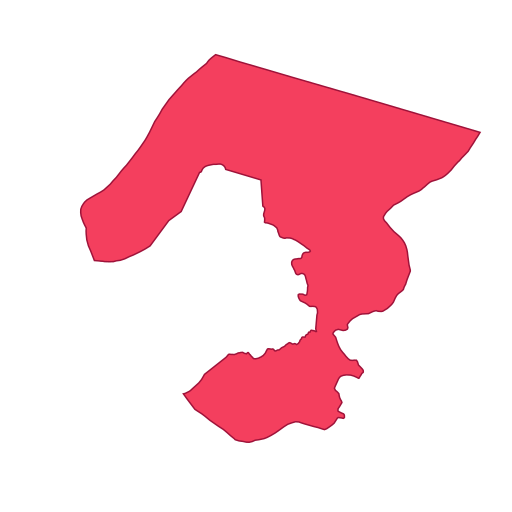 Tbaeng Mean Chey, Preah Vihéar, Cambodia, rotated 16°
{"feature_id": "14789045B76520670537336", "entity_name": "Tbaeng Mean Chey", "entity_type": "district", "adm_level": 2, "iso_a3": "KHM", "parent_name": "Cambodia", "parent_adm1": "Preah Vihéar", "projection": "albers", "projection_center": [105.049, 13.77], "detail": "fine", "context": "isolated", "style": "filled", "palette": "rose", "viewbox_px": 512, "rotation_deg": 16, "n_neighbors": 0, "source": "geoboundaries", "source_scale": "gbopen_adm2", "svg_char_len": 6128}
<svg xmlns="http://www.w3.org/2000/svg" viewBox="0 0 512 512"><g transform="rotate(16 256 256)"><path d="M393.1,274.1L396.7,270.2L399.2,266.2L400.1,264.4L400.8,262.4L401.4,258.1L402.1,255.1L403.2,252.9L404.5,251.2L405.9,249.3L406.9,247.6L406.9,245.6L407.3,243.1L407.6,242.1L407.7,237.1L408.5,228.1L408.2,227.0L405.6,222.5L401.9,214.1L400.6,210.9L399.3,208.3L397.2,205.0L395.1,202.5L392.6,200.3L390.1,198.5L387.6,197.2L381.9,194.6L377.0,191.6L372.4,188.2L370.0,186.8L368.4,185.3L368.0,184.3L367.7,183.1L368.8,179.1L369.7,177.0L372.2,173.0L374.2,169.2L378.1,165.6L380.1,163.5L385.0,157.3L387.8,154.4L390.1,152.4L394.8,148.6L396.7,146.4L397.6,144.9L399.1,142.8L400.9,139.8L402.8,137.1L404.5,135.6L408.7,132.9L413.0,129.6L414.4,128.1L415.9,126.2L417.5,123.8L419.9,119.5L421.8,114.8L424.2,110.0L425.3,108.3L426.7,105.0L428.3,102.1L431.1,96.8L432.1,93.0L433.9,87.4L435.0,83.2L436.0,80.2L437.3,75.4L308.1,74.4L239.5,74.2L214.6,74.0L187.3,73.9L172.5,73.6L161.7,73.6L160.2,75.6L158.5,78.0L156.9,80.6L156.1,82.5L155.4,84.5L152.2,89.0L150.3,91.8L148.0,95.6L146.4,97.6L142.0,103.8L140.5,106.4L139.0,109.3L137.4,112.9L135.0,117.6L129.3,129.6L125.4,140.7L124.3,145.6L123.0,150.2L121.6,154.7L119.6,166.3L118.4,171.7L117.5,175.2L115.0,182.7L113.3,187.4L111.9,190.6L110.0,195.7L106.5,204.4L104.8,207.7L103.1,211.4L100.1,218.9L97.9,223.1L96.1,227.2L91.5,234.6L88.8,237.6L86.0,240.3L78.2,248.5L76.5,251.3L75.8,253.1L74.9,256.3L74.7,259.4L75.5,262.5L76.8,265.6L78.8,268.5L80.8,271.2L82.7,273.4L85.1,275.9L85.8,278.9L86.8,281.9L88.9,287.1L92.1,292.4L95.6,296.6L101.9,304.9L106.3,304.0L108.4,303.7L110.0,303.3L112.0,303.1L116.7,301.9L120.5,300.7L123.1,299.1L126.6,297.6L130.6,294.9L134.5,291.4L137.6,289.0L143.3,283.9L147.4,279.9L151.4,275.5L162.4,246.0L171.8,233.9L178.7,191.2L179.8,190.6L180.2,189.8L180.4,188.2L180.8,186.6L181.3,185.6L182.4,184.1L183.8,182.9L185.4,181.9L187.1,181.0L189.6,179.7L192.3,178.9L194.5,178.0L196.4,177.4L198.3,177.5L200.1,178.1L201.9,179.4L203.0,181.1L239.8,181.5L248.8,206.1L249.5,206.5L250.6,206.9L251.5,208.1L251.8,209.8L251.8,213.4L252.1,214.8L252.7,215.8L253.5,216.6L253.9,217.3L254.5,219.3L254.8,221.1L255.8,221.5L257.2,221.2L258.7,221.1L263.4,221.4L265.0,221.8L268.2,223.2L269.1,224.3L269.8,225.2L270.3,226.4L271.3,227.7L272.6,229.6L273.3,230.4L274.1,230.9L277.2,231.2L278.9,231.0L280.4,230.1L283.9,229.3L286.0,229.3L288.1,229.7L289.5,229.8L292.8,230.7L296.0,231.8L299.4,232.9L302.9,234.4L305.0,235.0L306.2,235.5L306.9,236.3L306.7,236.9L306.2,237.4L305.7,237.8L304.4,238.3L302.8,238.7L301.4,239.6L300.9,240.1L300.5,240.9L300.2,242.5L300.4,244.7L300.1,245.5L299.7,246.0L298.9,246.4L298.0,246.6L297.2,246.9L296.3,247.4L294.3,248.2L293.5,248.7L292.9,249.2L292.3,250.2L292.0,251.5L292.1,252.6L292.7,254.3L293.7,255.6L295.4,257.3L296.3,258.4L297.0,259.0L298.8,261.5L299.3,262.0L300.1,262.4L301.0,262.5L301.8,262.3L302.4,261.9L303.8,260.6L304.8,260.1L306.1,260.0L307.1,260.2L308.3,260.9L309.0,261.8L310.4,264.2L311.1,265.3L312.4,267.6L313.0,268.6L313.5,269.1L314.2,270.3L314.3,272.3L314.6,273.2L315.1,275.5L315.2,276.5L315.4,278.1L315.4,279.3L314.3,280.1L313.4,280.2L312.5,279.9L311.5,279.8L309.4,280.3L308.2,280.6L307.3,281.4L307.5,282.6L307.8,283.3L308.6,284.5L310.1,286.1L311.1,286.8L316.1,287.6L318.1,288.2L321.3,289.6L322.1,289.5L324.5,288.7L327.1,288.3L327.8,288.6L328.7,289.3L329.6,290.3L330.6,293.0L330.9,294.2L330.8,294.9L330.9,296.2L333.5,309.5L334.9,311.9L334.2,312.2L333.0,311.9L332.0,311.8L331.5,312.1L330.6,312.0L329.7,312.1L329.3,312.4L329.0,313.3L329.0,314.1L328.4,314.5L327.8,314.6L327.5,315.3L327.5,316.3L327.2,317.0L326.1,317.8L325.6,318.9L325.6,320.3L324.8,320.7L323.4,320.9L322.7,321.4L322.5,321.9L322.5,323.0L322.2,323.5L321.7,324.5L321.5,325.5L321.6,326.3L321.4,326.8L321.1,327.4L320.9,328.3L319.5,329.9L318.4,329.6L317.4,329.5L315.6,330.6L314.5,330.4L313.4,330.1L312.3,330.0L311.2,330.7L310.7,331.6L309.5,332.8L308.5,334.7L307.7,335.6L306.7,336.4L305.8,337.3L304.3,339.7L303.6,340.1L302.7,340.4L301.4,341.6L300.6,342.0L299.9,341.9L298.8,341.0L297.8,340.7L296.6,341.3L294.8,341.5L293.6,341.7L292.7,342.2L292.3,343.6L291.7,346.8L291.4,347.5L290.2,350.0L289.7,350.3L289.1,351.2L288.7,351.6L287.5,352.6L286.6,353.5L284.0,354.9L282.1,355.3L281.5,355.1L280.6,354.3L279.7,354.0L278.9,353.5L277.9,352.7L277.0,352.3L276.1,351.6L275.3,351.0L274.6,351.2L273.8,352.6L273.2,352.6L272.2,352.8L271.0,352.6L269.7,352.3L268.0,352.9L266.7,353.7L265.8,354.0L265.0,354.6L264.5,355.2L262.6,356.5L262.1,356.8L260.8,357.0L259.5,357.4L257.2,357.8L256.6,358.4L255.5,360.9L255.1,361.7L239.1,384.0L238.7,385.8L237.7,389.8L236.0,393.8L231.4,401.2L230.4,402.9L229.3,404.4L225.8,407.6L224.2,408.5L229.4,412.6L239.5,420.2L242.0,421.0L247.3,422.6L250.7,423.9L253.7,425.2L256.9,426.6L266.8,430.0L272.4,431.7L276.9,433.7L281.0,435.7L285.5,437.6L286.6,438.3L290.7,438.4L294.6,437.8L298.0,437.6L300.8,436.9L303.5,435.4L306.0,433.3L309.4,431.8L314.1,429.3L316.6,427.4L319.7,424.5L323.3,420.7L326.6,416.6L329.9,412.4L332.9,409.0L336.4,406.5L339.7,404.4L343.0,403.7L345.5,403.9L348.8,404.0L358.4,404.0L363.0,403.8L367.7,404.0L369.7,404.0L371.5,402.6L373.5,400.2L375.8,397.3L377.2,395.1L378.9,389.4L379.6,388.6L382.8,388.1L384.7,388.0L385.2,387.5L385.5,386.8L385.0,385.1L384.4,384.1L383.6,383.6L381.2,383.3L378.6,382.8L377.5,382.4L377.2,381.4L377.0,380.1L377.8,377.7L379.0,373.2L378.2,372.0L377.0,370.9L375.6,369.3L374.6,367.6L373.6,365.5L372.2,364.6L370.9,363.9L369.4,363.3L367.8,361.5L368.0,359.6L369.2,351.4L369.8,349.5L370.9,348.0L372.9,346.6L375.8,345.3L379.8,344.4L383.0,344.4L386.6,344.9L388.2,345.3L388.8,344.9L389.1,343.3L389.8,341.2L390.1,339.7L391.1,338.4L391.0,337.5L390.5,336.3L389.3,335.3L386.8,333.8L384.6,332.6L382.7,329.7L381.3,328.5L379.3,329.0L377.4,329.8L375.2,330.2L373.0,329.4L370.0,327.6L368.0,326.1L365.8,324.7L363.1,322.7L360.5,320.0L358.5,317.4L356.9,315.1L355.0,312.2L351.6,309.9L351.3,309.0L351.8,307.4L352.9,305.4L355.3,303.8L360.3,303.6L362.5,302.6L364.0,301.1L364.1,299.6L362.7,296.9L362.9,295.8L364.4,292.3L366.1,289.6L371.8,283.7L373.9,282.5L380.0,280.4L383.5,277.3L384.8,276.4L386.6,275.4L387.7,275.5L388.9,275.4L391.7,274.8L393.1,274.1Z" fill="#f43f5e" stroke="#9f1239" stroke-width="1.5"/></g></svg>